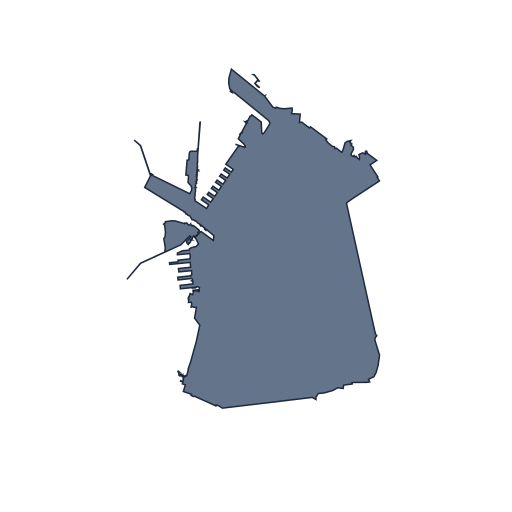 outline of NCR, City of Manila, First District, Manila, Philippines, rotated 39°
{"feature_id": "2640588B65314213268917", "entity_name": "NCR, City of Manila, First District", "entity_type": "district", "adm_level": 2, "iso_a3": "PHL", "parent_name": "Philippines", "parent_adm1": "Manila", "projection": "albers", "projection_center": [120.961, 14.599], "detail": "fine", "context": "isolated", "style": "filled", "palette": "slate", "viewbox_px": 512, "rotation_deg": 39, "n_neighbors": 0, "source": "geoboundaries", "source_scale": "gbopen_adm2", "svg_char_len": 6168}
<svg xmlns="http://www.w3.org/2000/svg" viewBox="0 0 512 512"><g transform="rotate(39 256 256)"><path d="M300.8,117.8L287.3,113.4L289.7,105.7L278.2,106.2L276.1,105.0L275.8,105.6L275.4,105.4L275.3,106.1L276.1,107.2L276.9,107.3L277.1,108.1L274.1,108.6L272.1,112.4L274.2,113.9L275.6,115.9L273.7,116.1L271.1,115.5L270.6,116.8L268.9,116.1L268.8,117.4L268.2,117.9L265.8,117.4L264.6,111.7L263.2,110.2L260.0,110.1L260.0,108.6L257.2,108.6L257.1,106.6L254.6,109.8L254.0,112.0L256.8,118.7L257.5,121.5L250.5,121.6L249.8,122.9L248.2,121.7L246.2,122.8L240.7,122.7L237.1,121.7L237.3,120.5L217.0,121.3L217.0,122.9L207.2,123.2L205.8,125.0L201.1,117.9L194.0,123.0L192.7,120.2L190.9,118.3L185.5,123.6L181.7,126.2L178.1,127.6L178.4,128.7L175.4,129.7L162.0,126.3L162.0,125.8L161.7,126.3L119.3,126.3L123.1,135.0L126.1,138.9L130.4,142.6L134.2,142.8L132.1,143.3L132.5,144.3L135.3,143.8L135.5,142.8L136.0,142.7L157.0,142.7L180.0,142.8L181.1,142.9L183.5,144.3L184.8,154.7L184.5,156.9L183.2,156.9L175.8,148.6L168.3,148.7L163.9,148.9L164.2,150.4L163.4,150.9L164.4,156.0L164.1,156.4L164.5,156.5L164.6,157.2L163.0,157.5L164.9,158.1L163.2,158.7L164.9,159.0L165.3,160.0L166.7,167.6L167.6,168.3L167.6,169.2L166.9,169.3L166.8,171.5L167.4,171.5L168.5,176.1L176.0,176.6L178.6,177.3L178.9,177.8L178.7,178.8L178.1,178.5L177.5,179.2L169.7,182.1L173.7,180.8L173.8,181.5L173.2,181.6L174.8,203.7L183.8,203.0L184.1,206.3L176.7,206.9L176.9,209.6L184.2,209.0L184.5,213.6L177.3,214.2L177.5,216.9L184.9,216.4L185.2,221.0L178.0,221.5L178.2,224.2L185.4,223.7L185.8,228.3L178.6,228.8L178.8,231.6L186.0,231.1L186.4,235.6L179.2,236.2L179.4,238.9L186.6,238.4L186.9,242.7L177.9,243.4L178.2,246.7L187.1,246.0L187.7,250.2L173.7,251.5L172.9,250.7L173.0,250.3L171.4,249.1L170.6,247.3L169.0,245.5L168.5,244.0L166.0,241.1L166.2,240.8L165.7,240.9L165.9,240.5L164.9,239.7L163.8,238.0L164.1,236.7L163.1,236.2L163.6,235.9L163.0,236.1L162.7,234.6L162.0,234.5L162.0,233.9L161.6,234.2L160.6,231.9L159.8,231.7L159.8,231.1L159.3,231.3L159.2,230.0L158.4,230.0L158.5,229.1L157.9,228.8L157.7,228.0L157.2,228.1L156.9,227.6L157.2,227.3L156.3,226.6L157.0,226.2L156.3,226.2L156.7,225.6L155.8,225.9L155.1,224.3L154.5,224.3L154.3,223.3L151.7,220.6L151.8,220.1L147.3,214.5L128.5,187.1L128.3,187.4L143.2,208.7L143.0,209.7L143.9,210.9L143.9,212.1L139.6,215.4L139.0,216.5L139.2,217.6L143.3,223.7L142.1,224.9L150.6,237.3L152.3,236.0L153.3,236.5L157.0,241.7L161.5,242.4L163.5,243.8L164.7,245.9L165.3,249.3L124.3,258.7L124.8,258.2L124.6,257.7L123.5,258.0L123.2,258.8L122.7,258.0L121.7,258.6L96.8,242.8L88.4,242.6L96.7,243.0L123.6,260.1L126.3,272.8L171.9,266.8L172.5,267.1L173.3,266.7L175.3,267.4L175.6,266.9L177.4,267.2L179.4,266.5L183.6,268.1L184.4,267.3L186.7,267.0L186.8,266.5L190.2,267.0L193.1,266.6L192.9,267.0L194.4,267.5L195.1,266.5L199.2,266.7L199.0,267.4L200.0,267.6L201.1,267.6L201.0,266.6L210.4,266.7L213.1,270.8L198.2,271.5L197.7,272.0L197.5,274.8L195.9,274.3L196.1,272.2L195.6,271.7L189.1,271.6L188.2,271.8L187.5,272.8L187.1,272.3L185.4,272.8L185.0,272.3L184.9,273.7L184.2,274.4L181.4,273.9L180.2,275.7L179.8,275.4L179.4,276.1L171.1,279.6L168.1,281.9L164.0,286.3L164.6,287.1L164.1,289.4L165.6,289.5L170.9,294.7L173.1,298.2L173.4,300.5L180.4,306.8L182.6,310.3L170.8,334.2L170.4,355.4L170.9,334.3L190.6,294.5L191.8,282.2L193.1,281.9L193.4,282.3L192.8,288.6L195.1,289.7L196.1,289.6L195.6,288.3L196.2,288.1L196.3,286.5L195.6,285.7L195.9,285.1L195.5,284.5L196.1,283.9L195.4,284.1L195.0,285.2L195.0,284.0L195.6,283.3L194.8,279.6L196.5,279.3L197.0,276.3L197.5,277.1L196.7,280.1L198.9,280.5L203.8,283.0L203.4,286.4L200.6,290.1L199.7,292.3L200.5,293.3L195.5,298.3L193.1,303.2L194.1,304.5L203.0,295.8L204.6,297.0L206.6,299.7L198.0,308.3L199.1,309.6L193.0,315.6L194.2,316.9L208.9,302.4L212.3,305.9L203.6,314.5L206.1,316.9L215.1,308.0L217.9,310.9L217.5,312.1L217.9,312.3L218.5,311.7L208.5,321.7L210.5,323.7L220.0,314.1L221.2,314.1L222.0,314.7L221.8,315.2L222.2,314.9L222.6,315.3L221.9,316.3L222.8,315.5L224.6,317.3L215.5,326.6L217.9,329.1L227.8,319.2L227.6,320.2L229.4,318.5L228.1,318.9L229.1,317.5L229.4,317.7L229.7,316.8L231.9,315.9L233.0,318.0L228.6,322.3L229.0,322.8L233.3,318.2L234.1,319.5L231.5,320.5L229.7,322.3L231.0,326.0L228.4,326.7L229.7,330.1L229.4,330.3L229.7,331.0L230.3,332.0L230.8,331.7L232.8,334.6L234.7,332.7L236.2,333.7L237.5,336.1L237.6,337.3L238.1,335.5L240.0,335.0L242.0,333.4L247.4,343.0L255.8,345.1L263.2,359.6L271.8,379.4L274.4,386.6L275.0,387.0L277.5,392.8L276.6,393.2L276.9,393.8L275.2,394.7L274.7,394.2L274.9,394.7L274.2,395.1L273.9,394.6L273.8,395.3L273.5,394.8L273.7,395.4L273.0,395.1L272.9,395.7L272.7,395.3L272.9,395.8L272.5,396.0L272.2,395.6L272.1,396.3L271.8,395.8L271.8,396.4L271.6,396.0L271.0,396.2L271.2,395.7L270.9,396.2L270.5,395.9L270.8,395.4L270.5,395.9L270.1,395.6L270.5,395.1L270.0,395.6L269.7,395.3L270.0,394.8L269.6,395.3L269.3,395.0L269.6,394.5L268.8,394.7L269.2,394.1L268.8,394.7L268.4,394.4L268.7,393.7L267.6,395.2L268.3,394.5L268.8,394.8L268.3,395.7L268.9,394.9L269.3,395.2L268.8,395.9L269.4,395.3L269.8,395.6L269.4,396.2L269.9,395.6L270.3,395.9L269.9,396.7L270.4,396.0L270.8,396.3L270.4,397.0L271.0,396.4L271.4,396.7L270.9,397.6L271.9,396.5L272.3,397.0L272.0,396.5L274.7,394.9L275.2,394.8L275.0,395.6L277.2,394.9L274.5,396.4L276.1,395.7L276.7,397.6L277.5,397.8L278.2,399.3L276.0,400.3L276.2,400.8L278.4,399.8L279.2,401.7L282.2,400.6L284.8,407.0L293.0,404.1L293.4,405.2L295.8,404.6L296.4,403.7L318.6,397.9L319.2,397.8L318.8,396.8L321.6,395.8L325.5,395.4L326.3,394.7L388.7,330.5L392.9,329.8L391.3,327.9L391.0,323.6L395.1,319.6L400.2,312.4L402.5,306.9L407.1,304.1L405.4,301.1L410.9,295.4L411.3,294.8L410.2,294.2L411.4,292.9L421.7,284.4L423.6,282.3L421.0,281.1L423.6,275.6L422.6,270.8L419.7,264.1L414.4,255.3L401.1,246.4L400.0,244.2L400.1,242.0L398.4,241.6L395.4,239.5L293.3,158.2L293.2,156.9L294.6,151.6L304.7,120.0L300.6,118.5L300.8,117.8ZM149.2,118.2L140.5,116.2L139.9,116.7L141.3,116.5L146.7,117.8L146.5,122.6L150.2,123.3L150.2,123.0L151.7,123.1L153.0,122.8L147.8,122.6L147.8,122.2L147.7,122.6L146.6,122.5L146.8,120.6L147.3,120.6L146.8,120.5L146.9,119.7L147.3,119.8L146.9,119.6L147.1,117.9L148.0,118.1L148.2,118.9L148.3,118.1L149.2,118.2Z" fill="#64748b" stroke="#1e293b" stroke-width="1.5"/></g></svg>